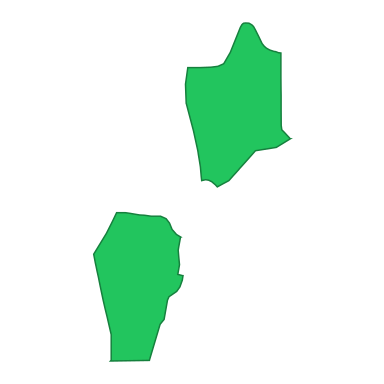 As Sawadiyah, Al Bayda', Yemen (Natural Earth projection)
{"feature_id": "15242507B42548243953389", "entity_name": "As Sawadiyah", "entity_type": "district", "adm_level": 2, "iso_a3": "YEM", "parent_name": "Yemen", "parent_adm1": "Al Bayda'", "projection": "natural_earth1", "projection_center": [45.343, 14.413], "detail": "fine", "context": "isolated", "style": "filled", "palette": "green", "viewbox_px": 384, "rotation_deg": 0, "n_neighbors": 0, "source": "geoboundaries", "source_scale": "gbopen_adm2", "svg_char_len": 1896}
<svg xmlns="http://www.w3.org/2000/svg" viewBox="0 0 384 384"><path d="M217.3,186.9L222.0,184.3L223.1,183.7L228.4,180.9L228.9,180.6L233.3,175.6L235.7,173.0L238.0,170.4L238.5,169.9L239.2,169.0L239.3,168.9L239.7,168.4L241.8,166.1L246.1,161.3L253.9,152.5L255.2,151.0L255.5,150.7L276.3,147.4L290.3,138.8L290.2,138.8L289.5,137.9L286.5,134.7L285.5,133.6L284.2,132.2L281.8,129.8L281.2,125.3L281.2,124.5L281.1,109.8L281.1,109.7L281.1,96.8L281.1,96.1L281.1,95.6L281.0,88.9L280.9,77.3L280.9,72.9L280.9,69.2L280.9,67.5L280.9,65.4L280.9,61.3L280.9,53.0L280.1,52.9L278.4,52.7L276.9,52.1L275.5,51.6L273.9,51.4L269.7,50.0L266.3,48.1L266.0,47.8L264.2,46.2L262.1,43.6L258.6,36.3L255.4,29.9L253.5,26.5L251.9,24.9L249.0,23.2L247.4,23.1L245.6,23.0L243.7,23.2L242.8,23.8L241.9,24.7L240.4,27.3L230.3,52.4L224.4,62.6L223.6,63.8L218.0,66.3L215.0,66.7L211.0,67.2L200.2,67.6L199.2,67.6L190.0,67.6L187.8,67.6L185.5,84.2L186.2,103.4L186.3,103.5L193.5,130.9L195.0,137.8L197.8,150.6L198.2,153.1L198.3,154.0L199.4,160.6L200.1,165.0L200.4,166.9L201.0,173.8L201.2,176.2L201.7,180.6L205.6,179.7L208.7,180.2L210.9,181.3L211.6,181.6L212.2,182.1L212.9,182.7L215.4,184.8L217.3,186.9ZM149.4,360.4L149.5,359.9L160.1,324.3L164.1,319.4L167.5,300.1L169.0,296.7L176.7,291.4L179.9,286.9L182.3,280.2L182.9,276.3L183.0,275.7L182.9,275.7L177.8,274.4L179.0,267.5L179.5,264.7L178.8,257.4L178.2,250.2L178.8,246.5L179.1,244.9L180.5,237.2L180.8,237.1L176.5,234.5L172.1,229.5L169.5,223.1L166.1,218.7L163.9,217.7L160.5,216.2L160.0,216.2L154.4,216.2L151.4,216.2L150.4,216.1L145.6,215.4L143.8,215.2L139.8,215.0L131.4,213.6L131.0,213.5L125.5,212.7L116.6,212.7L112.6,221.1L111.5,223.3L111.2,223.9L106.4,233.4L93.7,254.2L95.4,263.2L96.1,266.4L97.1,271.3L98.4,277.1L99.9,284.6L100.8,289.0L103.0,299.4L103.1,299.9L105.0,308.2L107.1,316.8L111.2,334.6L111.2,345.4L111.2,360.2L110.5,361.0L149.4,360.4Z" fill="#22c55e" stroke="#15803d" stroke-width="1.5"/></svg>